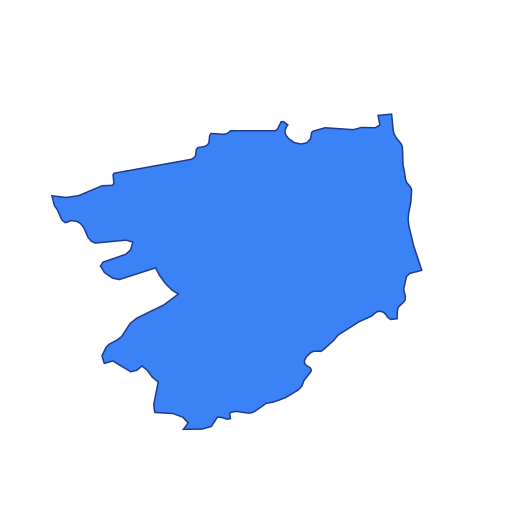 an SVG outline of Maine-et-Loire, rotated 335°
{"feature_id": "FRA-5321", "entity_name": "Maine-et-Loire", "entity_type": "Metropolitan department", "adm_level": 1, "iso_a3": "FRA", "parent_name": "France", "parent_adm1": "", "projection": "orthographic", "projection_center": [-0.78, 47.399], "detail": "fine", "context": "isolated", "style": "filled", "palette": "blue", "viewbox_px": 512, "rotation_deg": 335, "n_neighbors": 0, "source": "natural_earth", "source_scale": "10m", "svg_char_len": 3157}
<svg xmlns="http://www.w3.org/2000/svg" viewBox="0 0 512 512"><g transform="rotate(335 256 256)"><path d="M138.7,199.4L144.7,197.5L150.3,191.4L144.9,186.7L115.7,176.3L113.0,173.0L111.6,168.1L111.9,157.8L110.9,153.0L109.5,150.5L107.6,148.4L103.4,145.8L98.3,145.5L96.9,144.8L95.2,141.1L95.5,130.2L94.6,125.2L96.5,115.2L108.6,122.7L120.5,126.3L146.2,127.3L155.9,131.3L158.0,129.9L160.7,122.1L162.4,121.0L238.2,141.0L242.0,140.7L243.8,139.2L247.1,134.0L249.2,133.2L255.2,134.9L258.4,135.0L261.1,133.6L265.0,127.1L266.9,125.9L278.0,132.0L281.9,132.8L285.9,131.7L326.5,150.7L329.4,149.9L335.4,145.0L337.8,145.8L340.2,150.7L339.3,150.9L335.7,154.2L334.7,155.6L334.3,157.6L334.3,159.4L335.1,163.2L338.5,169.3L344.0,173.5L350.1,174.9L355.2,172.6L358.6,167.6L360.4,167.0L372.7,168.9L397.7,182.7L406.0,184.1L418.1,190.1L423.6,189.7L426.0,180.2L438.9,184.7L433.7,199.3L432.8,203.4L433.0,208.0L434.6,214.2L435.0,216.7L434.7,219.3L427.6,236.0L426.6,240.8L424.0,249.4L423.6,252.7L425.2,259.1L424.9,262.1L418.8,273.1L412.3,281.9L409.7,286.5L408.6,289.2L407.3,293.4L403.3,312.8L400.2,339.0L387.8,336.8L383.7,338.2L376.1,348.1L375.3,350.5L374.9,353.0L374.3,355.7L372.5,359.0L369.9,360.3L363.4,362.5L361.5,364.7L360.3,366.6L359.5,368.2L357.4,372.5L351.6,370.6L350.3,369.0L349.3,366.7L349.0,364.0L347.8,360.9L345.1,358.5L342.5,357.7L340.0,358.0L335.5,359.3L321.9,359.1L297.1,362.3L290.8,365.3L277.9,369.3L274.5,369.9L269.2,367.1L266.7,366.6L264.2,366.8L259.5,368.6L257.3,369.9L255.4,371.8L254.7,373.9L255.2,376.2L257.9,380.2L258.0,382.3L256.9,384.0L246.9,389.1L242.9,393.0L241.8,393.7L237.5,395.3L222.5,396.8L209.6,395.7L202.9,393.8L189.5,396.3L186.4,396.3L184.1,395.7L181.9,394.7L172.8,388.7L170.2,387.8L166.8,387.0L165.3,388.1L164.8,389.6L164.8,390.5L164.2,392.6L160.8,391.7L157.0,388.1L153.1,385.7L143.4,391.6L134.0,390.1L116.9,382.4L124.0,378.5L121.5,371.1L114.2,363.7L98.1,355.0L100.6,347.3L114.1,328.9L110.8,321.8L109.0,313.2L106.2,307.5L99.6,309.2L93.6,308.0L81.9,290.6L73.1,289.2L74.2,281.4L74.3,281.3L74.4,281.2L74.5,281.1L74.8,280.9L75.1,280.7L75.4,280.4L75.6,280.3L75.7,280.1L75.9,280.0L76.1,279.8L76.3,279.7L76.5,279.5L76.7,279.3L76.9,279.2L77.1,279.0L77.3,278.8L77.5,278.7L77.8,278.5L78.0,278.3L78.2,278.1L78.4,278.0L78.6,277.8L78.8,277.6L79.0,277.5L79.2,277.3L79.4,277.1L79.6,277.0L79.8,276.8L80.0,276.7L80.3,276.4L80.6,276.2L80.8,276.0L80.9,275.9L81.0,275.8L81.1,275.7L81.3,275.6L85.5,273.9L95.3,273.3L100.1,272.2L113.7,263.8L122.1,261.9L151.8,261.4L152.1,261.4L152.3,261.3L152.5,261.3L152.7,261.2L153.0,261.2L153.3,261.1L153.6,261.0L154.0,261.0L154.3,260.9L154.8,260.8L155.2,260.7L155.6,260.6L156.1,260.5L156.6,260.4L157.0,260.3L157.5,260.2L158.1,260.1L158.6,260.0L159.1,259.9L159.6,259.8L160.2,259.7L160.7,259.6L161.2,259.4L161.8,259.3L162.3,259.2L162.8,259.1L163.3,259.0L163.9,258.9L164.4,258.8L164.8,258.7L165.3,258.6L165.8,258.5L166.2,258.4L166.6,258.3L167.0,258.2L167.4,258.2L167.8,258.1L168.1,258.0L168.4,258.0L168.7,257.9L168.9,257.8L169.1,257.8L169.3,257.8L169.5,257.7L165.5,251.5L162.2,242.4L160.3,232.6L160.0,224.3L122.2,219.6L116.7,215.5L111.7,206.9L110.8,199.4L114.8,196.9L138.7,199.4Z" fill="#3b82f6" stroke="#1e3a8a" stroke-width="1.5"/></g></svg>